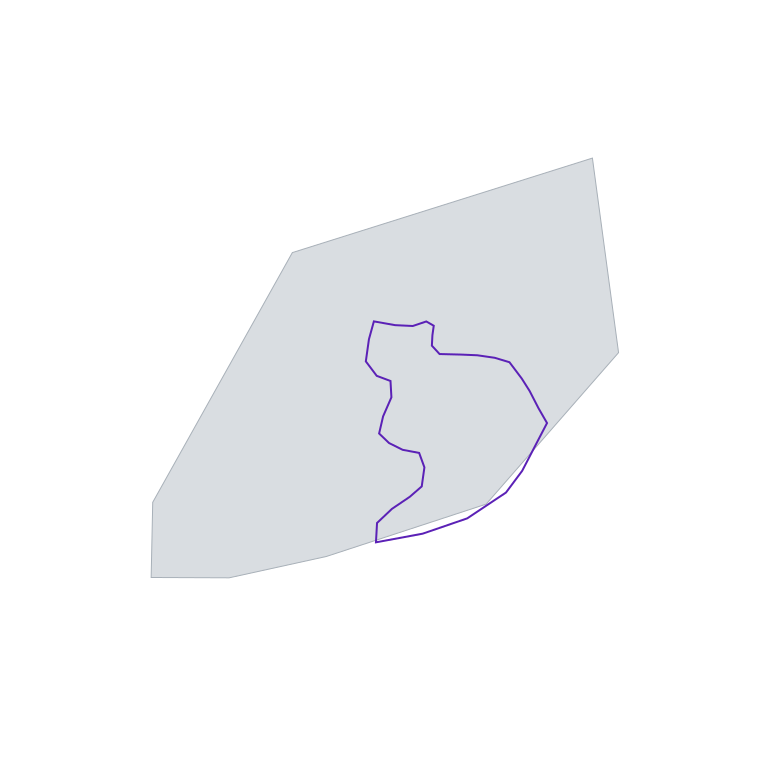 North West on a map of Singapore (Albers equal-area conic projection), rotated 143°
{"feature_id": "SGP-4873", "entity_name": "North West", "entity_type": "state/province", "adm_level": 1, "iso_a3": "SGP", "parent_name": "Singapore", "parent_adm1": "", "projection": "albers", "projection_center": [103.808, 1.387], "detail": "fine", "context": "in_parent", "style": "outline", "palette": "violet", "viewbox_px": 768, "rotation_deg": 143, "n_neighbors": 0, "source": "natural_earth", "source_scale": "10m", "svg_char_len": 779}
<svg xmlns="http://www.w3.org/2000/svg" viewBox="0 0 768 768"><g transform="rotate(143 384 384)"><path d="M639.9,428.7L378.1,544.1L81.6,439.0L177.8,267.9L374.7,226.6L533.7,280.9L624.3,322.4L686.4,369.6L639.9,428.7Z" fill="#d9dde1" stroke="#a8b0b8" stroke-width="1"/><path d="M277.3,254.7L325.9,231.5L351.9,223.9L398.4,226.6L443.2,241.2L485.7,262.4L473.2,277.2L452.8,279.5L431.3,278.4L415.5,279.5L401.9,293.1L397.4,307.8L408.7,320.2L415.5,333.8L417.7,347.4L404.2,358.7L386.1,368.9L377.0,382.5L384.9,394.9L384.9,413.0L369.1,428.8L354.4,440.1L339.7,424.3L326.1,413.0L312.6,408.5L309.2,400.6L316.0,393.8L322.7,385.8L321.6,374.5L304.6,361.0L292.2,350.8L279.8,338.3L270.7,325.9L270.7,305.5L271.9,290.8L275.2,271.6L277.3,254.7Z" fill="none" stroke="#5b21b6" stroke-width="2"/></g></svg>